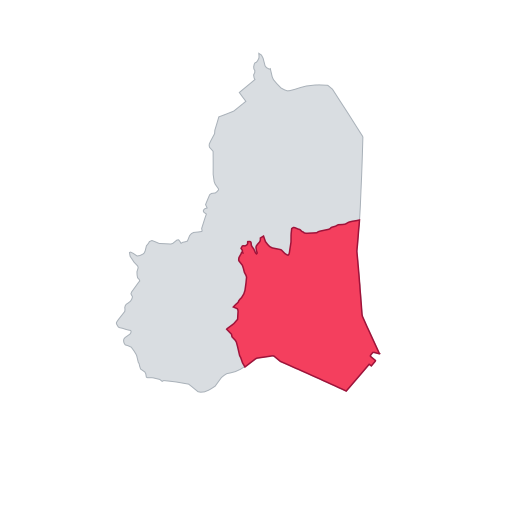 where Al-Anbar sits in Iraq, rotated 234°
{"feature_id": "IRQ-3471", "entity_name": "Al-Anbar", "entity_type": "Province", "adm_level": 1, "iso_a3": "IRQ", "parent_name": "Iraq", "parent_adm1": "", "projection": "albers", "projection_center": [42.195, 32.855], "detail": "fine", "context": "in_parent", "style": "filled", "palette": "rose", "viewbox_px": 512, "rotation_deg": 234, "n_neighbors": 0, "source": "natural_earth", "source_scale": "10m", "svg_char_len": 5667}
<svg xmlns="http://www.w3.org/2000/svg" viewBox="0 0 512 512"><g transform="rotate(234 256 256)"><path d="M209.7,106.4L212.7,105.6L218.2,100.9L221.5,96.5L222.5,96.1L225.5,97.6L227.5,97.9L232.4,96.2L235.2,97.1L237.7,98.2L239.0,98.2L245.5,100.9L247.1,101.2L250.5,101.5L255.5,101.5L258.7,99.7L260.9,98.0L262.5,98.0L264.0,98.4L265.3,99.1L266.5,100.3L267.0,102.2L266.9,108.0L267.4,109.5L268.3,110.6L269.5,110.8L270.8,109.5L273.1,107.6L276.0,105.5L278.1,103.6L279.4,102.9L281.3,103.0L283.3,103.3L284.3,104.1L284.4,104.4L285.4,107.1L288.3,117.3L289.8,118.6L291.5,119.6L292.7,121.1L293.2,122.6L293.1,125.0L293.2,127.8L294.0,129.9L295.0,131.4L295.9,132.2L297.2,132.3L298.9,132.6L300.0,134.2L303.8,145.8L304.1,147.3L305.6,147.7L308.0,147.4L310.5,148.6L313.2,150.4L315.8,153.8L317.4,154.4L322.6,153.7L329.8,154.0L333.2,155.7L332.9,156.8L330.3,158.2L325.9,159.8L324.6,162.4L324.0,165.7L324.2,167.5L325.4,169.5L328.7,173.4L329.0,174.8L329.6,176.8L330.3,178.2L329.7,180.9L326.8,182.8L323.1,185.0L315.7,194.2L315.1,196.1L315.4,201.4L314.6,202.9L312.2,203.0L310.3,202.8L310.2,204.6L309.1,207.1L308.4,209.3L311.5,214.3L312.1,216.9L311.7,219.4L309.2,223.7L307.7,226.6L308.1,227.2L310.2,228.2L316.9,237.3L319.1,240.5L321.8,239.6L322.9,239.6L323.7,240.1L324.2,241.2L324.3,242.5L323.6,244.7L327.2,245.4L328.5,247.4L332.8,254.5L332.8,256.7L330.9,260.2L331.0,262.4L331.5,264.4L332.2,265.1L338.2,265.2L340.8,265.9L347.2,269.3L354.6,274.7L360.7,279.1L365.9,282.8L371.2,282.3L372.7,282.9L374.1,284.1L375.8,287.2L379.3,294.4L382.0,296.7L386.3,302.4L390.4,307.7L388.3,315.3L386.3,323.2L386.8,333.3L387.1,338.7L392.3,338.6L398.1,338.6L398.5,345.0L398.9,351.5L399.4,358.9L401.1,359.1L403.9,360.5L405.2,362.9L406.8,364.1L408.5,364.2L410.4,365.3L412.2,367.3L412.9,368.9L412.5,370.0L413.0,372.0L414.4,374.7L415.9,375.9L418.3,377.4L415.3,378.5L411.9,378.0L404.5,375.1L402.2,375.2L399.3,376.6L399.2,377.7L391.4,374.4L388.7,373.8L387.7,373.8L383.4,374.1L377.2,375.0L373.7,376.7L371.2,378.4L370.2,380.0L369.8,380.8L368.0,385.4L366.0,391.4L363.9,396.7L359.6,404.3L357.2,407.8L351.9,414.4L346.0,415.9L332.2,415.1L316.8,414.3L301.5,413.3L290.2,412.6L289.3,412.3L277.9,403.5L268.9,396.5L257.8,387.8L246.5,378.8L235.0,369.7L226.8,363.0L216.8,354.5L207.7,346.6L200.6,340.4L191.5,334.9L184.3,330.7L174.0,324.4L165.8,319.4L158.8,315.0L148.0,308.4L144.4,306.5L133.2,304.1L122.6,302.1L111.6,299.9L104.3,298.4L109.3,293.9L107.9,289.7L104.4,290.4L101.1,291.3L99.4,284.7L101.9,284.0L99.8,275.5L97.7,266.7L95.7,258.2L93.7,249.6L103.0,244.4L110.0,240.4L119.7,234.9L129.0,229.6L137.9,224.5L147.6,218.8L156.3,213.8L164.2,211.7L165.9,210.1L169.6,203.0L172.7,197.0L172.8,195.6L172.9,187.0L173.5,176.8L174.6,171.4L176.4,166.7L178.0,163.2L178.2,159.9L178.0,156.6L176.4,151.6L174.7,146.4L175.0,141.4L175.3,138.7L176.4,134.4L178.3,131.2L180.3,129.3L187.6,127.4L191.9,126.2L197.7,120.6L201.1,117.3L205.9,112.1L209.4,108.2L209.7,106.9L209.7,106.4Z" fill="#d9dde1" stroke="#a8b0b8" stroke-width="1"/><path d="M133.3,304.2L130.6,303.7L124.2,302.4L117.7,301.1L111.2,299.8L104.7,298.5L104.4,298.6L104.4,298.3L108.4,295.1L109.3,293.9L108.7,291.2L108.2,290.0L107.5,289.6L101.3,291.2L101.0,291.0L100.7,290.4L99.3,284.7L101.9,283.9L99.9,275.7L98.5,269.9L97.2,264.4L96.2,260.2L95.0,255.2L93.7,249.6L97.4,247.6L101.0,245.5L104.7,243.5L108.3,241.4L111.9,239.4L115.5,237.3L119.2,235.3L122.8,233.2L126.4,231.1L130.0,229.1L133.6,227.0L137.2,224.9L139.6,223.6L140.8,222.8L144.4,220.7L148.0,218.7L151.6,216.6L156.3,213.8L164.2,211.8L165.2,211.2L165.9,210.1L167.1,207.6L172.7,197.0L173.0,196.0L173.1,195.0L172.9,188.2L172.7,181.8L173.4,181.9L177.5,182.3L182.8,183.9L185.0,184.2L193.7,187.9L197.9,189.5L199.9,189.7L204.4,189.1L205.0,189.2L206.1,189.7L207.1,190.2L214.0,189.2L214.2,189.8L214.3,198.2L215.6,203.9L221.8,209.0L223.2,209.7L224.3,209.9L228.1,207.7L228.7,211.0L228.9,213.4L229.1,214.5L229.9,215.7L230.5,217.8L230.8,219.8L232.5,223.9L234.7,226.9L240.0,232.0L244.4,235.9L246.1,236.5L249.6,237.0L253.6,238.6L256.5,239.5L262.0,239.3L262.9,239.6L264.1,240.6L264.6,241.1L265.2,242.2L266.3,244.7L267.0,246.0L267.3,246.3L266.3,247.2L267.5,247.5L268.6,248.3L271.0,248.4L272.0,250.5L272.1,250.8L271.9,251.6L270.9,252.7L270.5,253.5L270.4,254.2L270.4,255.1L270.6,255.8L270.9,256.5L271.3,256.9L272.2,257.4L272.5,257.8L271.6,259.2L271.0,259.8L270.3,260.0L269.6,259.8L267.5,258.6L266.7,258.4L265.9,258.3L262.8,258.3L259.9,257.6L258.5,257.4L257.4,257.6L257.5,258.4L258.0,258.9L259.6,259.3L262.8,260.9L263.8,261.9L264.6,264.1L265.2,267.0L265.7,268.1L266.6,269.1L268.0,270.1L267.7,273.8L262.1,272.1L258.4,272.2L255.6,272.6L253.0,273.9L247.0,279.4L246.1,280.0L245.8,280.1L245.1,280.2L241.1,280.8L239.5,281.4L237.8,282.3L238.0,283.5L238.8,284.7L246.7,292.5L252.1,296.5L253.7,297.8L257.2,301.0L257.2,301.8L257.1,303.0L256.5,303.7L255.9,304.2L252.9,306.0L252.1,306.7L251.6,307.0L251.1,307.2L249.0,307.5L248.6,307.7L247.6,308.3L247.4,308.4L246.7,308.5L246.2,308.7L245.6,309.2L244.6,310.3L239.6,318.0L239.1,318.8L239.1,320.1L238.9,321.2L238.4,322.6L235.0,330.2L234.7,331.1L234.6,331.8L234.6,332.3L234.7,332.6L234.8,332.9L234.8,333.5L234.7,334.3L233.4,337.8L233.3,338.3L233.1,340.2L232.9,341.0L232.6,341.5L230.8,344.2L229.7,346.2L229.4,346.8L229.3,347.1L228.9,350.6L228.5,351.9L227.5,354.3L225.4,358.4L224.5,360.5L224.3,360.9L223.6,360.3L220.4,357.6L217.3,354.8L214.1,352.1L211.3,349.7L208.4,347.2L205.6,344.8L202.8,342.3L200.6,340.4L197.6,338.6L194.7,336.9L191.8,335.2L188.9,333.4L186.0,331.7L183.1,329.9L180.2,328.2L177.3,326.4L174.4,324.6L171.5,322.9L168.7,321.1L165.8,319.3L162.9,317.6L160.0,315.8L157.1,314.0L154.3,312.3L151.4,310.5L148.0,308.4L146.2,307.3L144.5,306.6L133.3,304.2L133.3,304.2Z" fill="#f43f5e" stroke="#9f1239" stroke-width="1.5"/></g></svg>